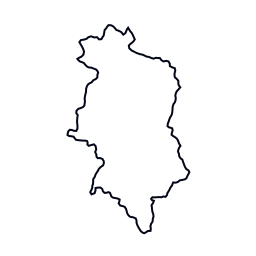 outline of Rio do Prado, Minas Gerais, Brazil, rotated 17°
{"feature_id": "56859067B64680241764039", "entity_name": "Rio do Prado", "entity_type": "district", "adm_level": 2, "iso_a3": "BRA", "parent_name": "Brazil", "parent_adm1": "Minas Gerais", "projection": "orthographic", "projection_center": [-40.561, -16.684], "detail": "fine", "context": "isolated", "style": "outline", "palette": "ink", "viewbox_px": 256, "rotation_deg": 17, "n_neighbors": 0, "source": "geoboundaries", "source_scale": "gbopen_adm2", "svg_char_len": 3380}
<svg xmlns="http://www.w3.org/2000/svg" viewBox="0 0 256 256"><g transform="rotate(17 128 128)"><path d="M179.6,219.8L179.2,217.5L178.2,215.5L178.1,213.0L178.9,210.2L178.3,207.8L178.3,205.2L177.3,202.9L175.8,200.9L174.7,198.6L174.0,196.8L173.1,194.9L173.9,192.4L174.0,190.0L172.1,190.0L170.8,189.0L171.6,187.1L174.6,186.3L176.7,185.4L178.3,184.9L180.4,184.4L181.7,183.2L184.1,182.8L184.9,180.5L184.7,178.7L185.5,175.9L186.0,172.7L186.9,170.1L187.1,166.9L189.4,166.4L191.3,165.2L192.9,162.9L195.2,161.7L197.2,160.6L198.5,159.2L198.8,156.6L199.2,154.6L199.6,152.3L198.1,150.8L195.7,150.2L193.7,148.4L192.1,146.3L190.6,144.3L189.1,142.2L187.2,141.7L185.3,140.1L184.3,137.8L182.7,136.0L182.5,133.8L182.7,131.7L183.4,129.7L181.2,127.8L180.0,126.0L178.6,124.5L177.2,123.6L175.2,122.9L173.4,122.5L171.6,121.7L171.4,119.8L171.4,117.3L170.4,115.4L168.7,115.3L166.9,115.4L165.2,114.6L164.8,111.8L165.0,109.5L165.0,107.5L165.2,105.5L165.9,102.9L165.8,100.2L165.2,97.6L164.5,94.6L164.5,92.0L165.2,90.0L165.4,87.9L164.9,85.3L163.8,83.3L163.6,80.6L163.9,78.7L165.0,76.4L166.1,73.8L164.0,72.3L163.1,70.6L162.3,68.1L160.2,66.8L157.9,65.7L156.8,63.3L156.5,61.4L156.4,59.1L155.2,57.1L152.8,57.1L150.0,56.6L149.1,54.3L147.3,52.5L144.9,52.6L142.5,54.0L140.0,53.3L138.1,51.8L136.4,52.3L134.2,52.7L132.2,54.2L129.6,54.2L127.1,53.9L125.0,54.3L122.7,53.9L120.1,53.6L118.2,53.9L116.4,53.8L114.3,53.8L111.9,53.3L109.1,52.9L105.9,51.4L104.7,49.0L105.5,47.2L106.6,45.7L107.8,43.8L108.6,41.3L107.0,39.5L105.1,37.3L103.5,35.8L101.9,34.9L100.2,33.4L98.8,32.1L98.2,33.7L98.0,35.5L97.8,37.9L96.2,40.1L93.4,38.2L90.3,37.7L88.3,37.7L86.5,36.5L84.5,35.3L82.1,34.7L79.3,35.3L78.5,37.2L78.0,39.0L77.0,41.2L77.4,43.9L77.7,46.6L77.0,48.9L76.6,50.8L74.4,51.7L71.8,50.2L69.2,51.3L66.0,51.1L63.6,52.7L62.3,54.8L60.5,56.1L58.8,56.9L57.2,57.8L56.4,60.1L58.4,62.0L60.2,63.6L61.9,65.4L63.6,67.8L63.9,70.9L62.6,73.4L60.7,75.1L59.4,76.7L61.1,77.8L62.8,78.5L64.6,78.5L66.7,78.7L68.8,80.1L71.0,81.3L73.2,81.5L75.0,81.0L77.3,81.2L79.9,81.3L81.4,81.9L83.2,83.5L83.2,86.0L83.9,88.7L82.8,90.7L80.9,92.4L79.9,94.9L78.2,96.5L77.0,98.1L76.5,100.2L76.5,102.9L77.3,105.6L77.4,107.7L77.5,109.6L77.9,112.4L78.8,114.5L79.3,116.6L79.7,119.5L78.5,121.5L76.7,122.9L74.9,124.2L73.7,126.5L74.2,128.9L76.1,130.3L76.6,133.3L77.3,136.4L77.9,138.1L78.9,140.3L79.8,143.2L79.4,145.9L77.1,146.5L75.0,146.3L72.9,146.7L71.9,148.6L71.9,150.6L72.2,152.4L74.0,152.9L75.9,152.5L78.5,152.2L80.3,153.6L81.8,154.5L83.8,154.2L85.9,153.8L88.7,153.2L91.1,152.5L92.8,152.5L93.7,153.9L94.0,155.7L95.7,156.5L97.9,155.0L100.2,153.6L102.3,154.8L103.9,157.8L103.6,160.6L105.4,162.5L106.3,164.7L107.9,165.7L110.0,164.9L112.6,165.1L114.5,166.8L115.2,168.6L115.1,171.0L113.3,173.3L112.1,175.6L111.8,177.5L111.2,179.6L110.6,181.8L110.5,184.5L109.7,187.0L110.3,189.3L110.9,191.8L110.8,193.9L111.3,195.8L111.1,198.0L110.6,200.4L112.5,202.1L115.1,200.1L115.2,197.4L114.5,194.9L116.4,193.9L119.2,193.0L121.2,193.9L122.5,195.8L124.5,196.9L126.6,196.1L128.2,195.0L129.8,195.3L130.9,196.8L132.4,198.5L134.1,199.0L136.3,198.7L138.7,198.5L140.9,198.8L141.2,200.9L141.1,202.8L143.2,204.4L145.6,204.3L147.8,204.3L149.9,206.1L151.2,208.2L152.3,209.9L154.1,211.5L156.2,212.3L158.8,211.9L161.8,212.2L163.3,214.1L163.8,216.0L165.3,218.1L166.9,219.8L168.5,221.3L170.3,222.8L172.3,223.7L174.2,223.9L175.5,222.7L177.1,220.7L179.6,219.8Z" fill="none" stroke="#020617" stroke-width="2"/></g></svg>